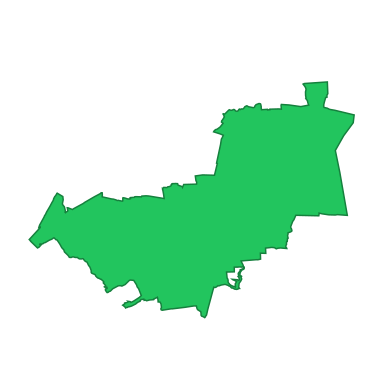 outline of Dobroteasa, Olt, Romania, rotated 186°
{"feature_id": "2599482B45493772728247", "entity_name": "Dobroteasa", "entity_type": "district", "adm_level": 2, "iso_a3": "ROU", "parent_name": "Romania", "parent_adm1": "Olt", "projection": "mercator", "projection_center": [24.342, 44.767], "detail": "fine", "context": "isolated", "style": "filled", "palette": "green", "viewbox_px": 384, "rotation_deg": 186, "n_neighbors": 0, "source": "geoboundaries", "source_scale": "gbopen_adm2", "svg_char_len": 5936}
<svg xmlns="http://www.w3.org/2000/svg" viewBox="0 0 384 384"><g transform="rotate(186 192 192)"><path d="M38.8,285.6L58.5,288.2L63.0,288.5L64.2,288.7L66.2,289.5L69.5,289.9L70.0,291.1L70.0,292.2L70.1,292.6L69.8,295.0L69.0,299.7L68.9,300.0L67.7,300.3L67.9,302.6L67.2,303.9L68.9,315.6L90.7,311.8L91.7,311.6L92.8,310.9L90.6,308.6L89.6,306.9L89.3,305.7L89.6,303.4L89.5,302.7L89.1,299.7L88.4,297.4L88.7,297.1L88.0,296.1L86.9,295.1L85.9,292.4L85.1,290.8L85.0,290.6L92.7,288.3L104.5,288.7L112.3,288.4L112.5,287.6L111.8,283.7L114.3,283.7L123.2,282.5L123.1,282.0L126.1,281.4L125.5,281.8L125.6,282.1L131.5,281.1L132.0,283.1L132.1,284.2L132.9,286.6L133.3,286.9L134.6,287.0L137.4,285.6L138.5,284.0L138.6,283.1L139.4,282.4L140.0,282.3L144.7,282.7L146.2,283.4L146.7,283.4L148.3,282.4L149.0,281.1L149.8,280.1L150.4,279.8L151.5,279.8L152.7,279.0L153.2,279.5L153.5,279.4L153.9,279.1L154.7,277.6L155.4,277.1L156.7,277.0L157.6,277.5L158.2,278.3L158.7,278.4L159.3,278.4L160.6,277.6L161.8,277.3L163.5,277.7L164.1,277.2L167.4,273.1L167.7,272.9L168.9,273.1L169.3,272.8L168.2,271.4L168.1,270.7L167.8,270.4L167.7,270.0L169.1,267.1L169.9,265.8L170.0,264.6L168.3,263.6L168.6,263.1L170.9,259.5L173.7,257.0L174.7,256.7L175.6,256.0L176.3,255.2L176.8,254.1L170.0,252.7L166.8,251.7L167.7,249.0L168.3,247.7L168.6,241.9L170.6,223.2L169.8,223.0L171.4,211.0L183.2,210.1L190.4,208.3L189.2,203.5L188.6,202.8L188.3,201.7L188.3,200.3L201.0,198.6L201.9,195.7L202.2,196.3L206.4,197.3L206.6,197.4L207.2,198.8L209.7,198.7L210.7,198.4L211.8,198.4L212.8,198.1L212.8,197.5L213.4,197.2L213.3,196.7L213.8,195.7L215.4,194.9L216.5,194.7L217.4,193.8L220.6,193.6L221.2,192.8L221.8,192.7L221.3,191.5L221.5,191.2L221.2,190.8L220.1,187.0L219.0,182.6L234.6,183.5L237.3,183.4L241.5,182.7L241.6,182.2L241.8,181.9L247.3,181.5L248.4,181.3L248.7,180.7L252.7,180.0L252.9,179.8L252.5,179.5L252.4,179.0L252.9,178.7L253.2,178.8L253.4,178.5L255.3,178.4L258.1,179.0L260.0,179.1L260.2,178.7L260.0,177.6L260.0,175.8L260.3,175.6L263.1,175.8L264.4,176.0L265.5,175.7L266.7,176.2L269.4,176.7L271.4,176.7L280.8,177.8L280.9,178.8L280.8,179.3L281.2,181.8L282.3,181.8L282.6,181.1L288.4,177.2L298.0,170.2L298.7,169.4L307.9,163.1L309.1,162.1L313.6,163.3L314.4,163.3L313.5,160.3L313.8,159.8L315.3,158.7L315.6,158.2L316.1,158.5L316.0,159.3L316.2,160.6L317.3,163.8L319.2,165.8L319.6,166.5L319.6,167.5L319.3,170.8L320.0,174.0L326.5,177.0L326.2,176.6L326.3,176.2L327.2,174.2L328.0,173.1L328.9,170.9L329.0,169.8L329.3,168.8L330.3,166.6L331.7,163.1L334.6,156.7L335.3,154.5L336.2,152.9L336.4,151.9L340.1,143.1L340.6,140.8L339.3,141.3L339.2,140.8L348.9,127.7L347.2,126.3L347.3,126.1L339.8,120.2L338.4,121.1L337.4,122.4L337.3,123.5L338.0,124.0L337.9,124.3L337.4,124.5L336.3,123.8L335.7,124.8L334.8,125.0L334.1,125.8L332.6,126.4L328.8,129.2L326.5,130.4L324.8,131.9L324.1,131.9L322.6,130.5L322.2,130.3L321.6,130.4L320.6,129.5L317.8,126.1L315.7,123.0L313.4,121.0L312.6,119.1L308.9,116.2L307.8,115.1L307.2,114.2L305.4,114.2L304.2,114.9L303.3,115.1L301.4,114.7L299.0,114.9L298.0,114.1L296.7,113.7L294.7,113.9L293.6,114.3L293.1,114.1L291.8,112.6L290.7,111.8L289.1,111.3L287.2,108.2L285.6,106.5L284.1,103.5L283.8,101.4L283.4,100.9L282.4,100.5L279.7,99.7L278.9,98.3L277.6,97.2L276.4,96.5L275.8,96.5L273.5,95.6L273.3,95.7L270.4,93.6L270.3,93.3L270.4,92.8L270.7,92.6L270.7,92.3L268.2,90.0L268.1,89.5L269.3,88.5L269.1,88.3L268.4,88.5L267.5,87.8L267.0,88.4L266.7,88.4L266.5,88.0L266.4,87.1L267.9,86.4L267.9,85.5L266.8,83.9L265.9,83.1L265.0,83.4L264.1,84.3L262.8,84.9L260.7,87.5L255.5,91.0L254.0,91.3L252.3,91.3L251.9,91.1L248.8,93.0L245.1,97.5L244.1,98.0L240.7,98.0L237.4,93.8L236.6,91.9L235.0,90.3L231.6,83.7L233.3,81.7L238.8,77.3L241.2,75.8L241.9,76.5L243.8,76.6L243.5,76.4L245.0,75.4L246.9,74.6L247.0,74.7L247.4,74.5L247.3,73.7L249.1,72.2L246.9,70.9L245.9,69.7L245.1,70.3L244.1,70.5L243.1,71.3L242.1,71.4L240.1,72.3L236.7,74.5L235.9,75.1L235.5,75.8L234.7,76.2L234.1,76.9L232.2,77.9L232.2,78.6L231.9,78.8L231.6,79.7L228.7,80.4L228.3,79.2L227.2,79.6L225.7,79.1L222.8,80.2L219.0,80.9L219.0,81.5L218.4,81.6L217.6,82.4L216.5,82.9L215.4,83.7L214.2,80.2L214.4,80.1L214.2,79.1L212.3,79.2L211.1,77.4L210.3,74.0L210.3,73.6L210.7,73.1L210.7,72.7L210.5,71.7L210.1,71.5L209.3,71.3L200.3,73.7L199.6,73.7L187.3,76.5L178.1,78.9L175.7,79.1L175.0,77.0L174.2,75.6L170.8,73.9L170.4,72.5L170.1,70.4L169.5,69.6L167.7,69.1L166.2,68.4L165.5,69.4L165.4,70.2L164.7,71.1L164.0,77.2L160.4,99.6L159.2,99.4L157.8,100.1L156.4,101.6L155.5,101.4L153.0,102.6L149.4,103.6L146.4,102.9L145.3,102.3L144.5,102.3L142.7,100.7L141.3,100.7L139.6,99.9L137.3,99.8L135.6,100.6L135.6,101.0L134.7,101.1L135.6,102.2L135.6,106.0L135.3,106.7L134.3,108.3L133.5,110.5L133.6,111.0L134.4,112.6L134.3,113.0L133.9,113.4L134.1,113.6L135.2,113.6L135.4,113.9L135.7,114.9L135.7,116.4L135.4,117.5L134.3,119.5L132.5,120.6L132.1,121.4L132.2,122.7L132.5,122.7L132.9,121.2L136.0,119.6L135.8,118.8L137.5,116.0L137.3,115.7L137.3,114.7L136.8,113.0L136.8,112.8L137.2,112.6L136.5,112.1L135.8,110.1L136.0,109.2L136.5,108.9L137.6,109.5L142.8,109.4L142.2,109.0L140.3,108.5L138.3,107.5L139.4,105.2L139.1,103.2L138.8,102.4L138.9,102.0L139.9,102.4L141.3,102.5L143.5,103.3L145.0,104.2L145.5,104.9L146.1,105.2L146.7,106.3L146.9,108.1L147.4,109.3L148.1,110.1L149.3,116.0L141.6,117.0L142.1,121.7L138.6,122.1L136.8,122.5L134.7,122.5L132.9,123.0L133.7,124.9L135.6,127.8L135.9,128.6L120.9,131.4L119.4,131.5L116.8,132.4L117.6,138.3L112.2,138.7L113.0,143.9L106.6,145.3L106.1,145.2L104.3,145.3L102.3,144.3L100.6,145.1L98.1,145.6L91.8,145.7L92.0,146.2L93.0,147.1L93.0,148.6L92.5,149.8L92.8,151.5L92.7,152.6L92.6,152.8L92.1,152.8L92.2,156.0L91.6,156.2L92.4,158.5L92.1,160.3L92.3,161.4L89.6,162.7L89.2,163.3L89.0,163.2L88.8,163.3L88.6,163.9L88.7,164.4L89.3,165.9L90.0,166.7L90.2,167.9L88.8,173.2L87.7,175.2L86.3,179.7L63.4,181.6L63.3,183.6L63.4,184.3L60.5,183.9L53.7,183.6L47.1,184.1L45.1,184.7L35.1,185.0L47.0,226.8L53.8,248.3L47.0,263.9L38.9,277.7L38.8,285.6Z" fill="#22c55e" stroke="#15803d" stroke-width="1.5"/></g></svg>